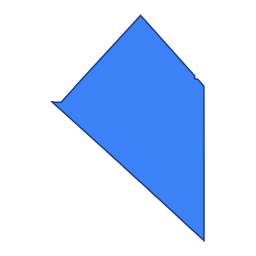 the district of Esmeralda, Nevada, United States of America
{"feature_id": "52423323B50493835773618", "entity_name": "Esmeralda", "entity_type": "district", "adm_level": 2, "iso_a3": "USA", "parent_name": "United States of America", "parent_adm1": "Nevada", "projection": "natural_earth1", "projection_center": [-117.709, 37.723], "detail": "fine", "context": "isolated", "style": "filled", "palette": "blue", "viewbox_px": 256, "rotation_deg": 0, "n_neighbors": 0, "source": "geoboundaries", "source_scale": "gbopen_adm2", "svg_char_len": 475}
<svg xmlns="http://www.w3.org/2000/svg" viewBox="0 0 256 256"><path d="M204.0,240.6L204.0,181.0L203.9,88.2L203.8,86.1L197.7,79.2L194.7,78.8L194.7,75.9L140.6,15.4L75.3,86.4L73.3,88.9L61.1,102.3L53.5,102.3L53.1,101.9L52.0,101.9L73.2,121.0L97.1,142.6L98.6,144.0L106.3,150.9L114.9,158.9L118.3,161.7L123.5,166.6L138.1,180.1L141.9,183.3L153.8,194.5L158.7,198.8L163.6,203.3L178.7,217.3L191.9,229.6L194.5,231.8L204.0,240.6Z" fill="#3b82f6" stroke="#1e3a8a" stroke-width="1.5"/></svg>